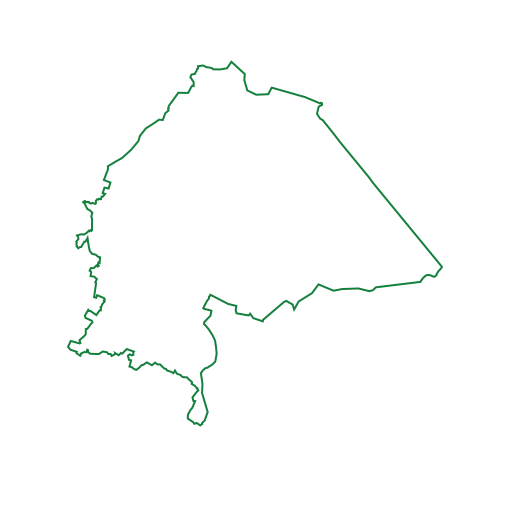 Ar-Raqqa, Ar Raqqah, Syria (Natural Earth projection), rotated 287°
{"feature_id": "27442178B57458390277946", "entity_name": "Ar-Raqqa", "entity_type": "district", "adm_level": 2, "iso_a3": "SYR", "parent_name": "Syria", "parent_adm1": "Ar Raqqah", "projection": "natural_earth1", "projection_center": [39.122, 35.826], "detail": "fine", "context": "isolated", "style": "outline", "palette": "green", "viewbox_px": 512, "rotation_deg": 287, "n_neighbors": 0, "source": "geoboundaries", "source_scale": "gbopen_adm2", "svg_char_len": 5021}
<svg xmlns="http://www.w3.org/2000/svg" viewBox="0 0 512 512"><g transform="rotate(287 256 256)"><path d="M114.0,125.9L116.3,134.4L119.9,137.4L120.2,140.5L120.4,141.6L119.1,143.4L119.8,145.6L118.2,147.2L121.3,150.3L121.9,149.8L121.0,153.7L123.8,155.2L123.5,156.6L129.2,159.6L128.9,167.2L127.7,166.9L125.6,167.6L124.7,166.4L125.0,163.9L123.1,162.7L119.6,164.9L119.7,167.1L113.3,167.3L113.3,170.3L112.6,171.2L112.0,174.7L114.3,176.5L118.4,178.7L118.7,179.8L122.4,182.7L121.1,188.4L124.5,190.7L123.5,193.5L124.3,195.9L121.6,201.1L121.7,202.9L120.5,204.5L120.5,208.1L119.8,211.3L122.8,212.0L120.3,214.8L120.1,218.8L119.2,220.1L118.8,221.7L119.8,225.5L118.8,227.0L116.6,231.8L114.9,231.9L114.0,235.6L112.7,237.3L112.4,238.8L111.6,238.8L110.6,240.1L108.9,239.1L102.2,236.6L99.0,238.6L99.4,240.2L92.3,239.5L89.4,238.3L84.1,237.3L80.6,238.3L78.8,244.3L77.5,246.2L79.0,248.1L77.7,252.2L79.6,253.6L80.5,253.3L83.7,255.0L92.7,255.4L100.8,250.0L109.3,244.4L117.8,242.3L127.8,237.6L130.6,238.4L133.9,240.3L135.1,242.4L136.6,243.4L139.1,245.8L143.1,247.9L150.9,247.0L156.8,244.6L163.1,241.6L167.5,237.6L171.8,232.6L174.9,227.9L175.7,226.2L177.7,225.9L181.5,227.8L185.4,229.9L190.5,229.4L190.7,227.6L190.2,221.8L190.7,220.8L198.5,222.2L201.8,223.5L203.3,222.9L204.6,223.7L205.6,223.7L202.0,243.4L202.5,251.8L198.4,252.4L195.5,254.1L197.0,266.3L199.1,267.2L195.8,271.6L195.5,281.6L197.0,281.4L219.9,296.0L221.9,298.0L220.3,305.2L216.0,308.1L225.0,310.1L236.8,320.4L247.1,324.1L245.5,340.3L249.6,348.1L254.9,363.4L255.5,374.7L257.5,377.8L261.1,379.8L279.3,420.8L279.5,420.9L279.7,421.0L279.8,421.0L280.1,421.0L280.3,421.1L280.7,421.1L280.8,421.2L281.0,421.2L281.2,421.3L281.3,421.3L281.7,421.4L281.8,421.5L282.0,421.6L282.4,421.7L282.5,421.7L282.6,421.8L282.9,421.9L283.2,422.0L283.3,422.1L283.6,422.2L284.0,422.4L284.3,422.5L284.8,422.8L285.1,423.0L285.4,423.1L285.6,423.3L285.8,423.4L285.9,423.5L286.3,423.7L286.7,423.9L287.0,424.2L287.2,424.3L287.3,424.5L287.5,424.8L287.6,425.0L287.8,425.4L287.9,425.5L288.0,425.7L288.0,425.8L288.1,426.0L288.2,426.3L288.2,426.5L288.3,426.6L288.3,426.8L288.4,427.1L288.4,427.4L288.4,427.5L288.5,427.6L288.5,427.9L288.5,428.0L288.5,428.3L288.5,428.6L288.5,428.8L288.5,429.0L288.5,429.3L288.5,429.5L288.4,429.9L288.4,430.0L288.3,430.4L288.3,430.5L288.2,430.7L288.2,430.8L288.2,431.0L288.2,431.3L288.2,431.5L288.2,431.8L288.2,432.0L288.3,432.0L288.3,432.3L288.4,432.6L288.5,432.7L288.6,432.8L288.7,433.0L288.8,433.1L289.0,433.3L289.2,433.5L289.3,433.6L289.5,433.7L289.6,433.8L289.8,433.9L290.0,434.0L290.3,434.1L290.5,434.1L290.9,434.1L291.2,434.1L291.3,434.1L291.5,434.2L292.0,434.2L292.4,434.3L292.7,434.3L292.9,434.4L293.2,434.4L293.5,434.5L293.9,434.6L294.2,434.7L294.3,434.7L294.6,434.8L294.8,434.9L298.4,436.7L300.0,437.0L306.2,427.7L360.4,346.1L364.1,341.3L389.6,302.9L394.4,296.2L398.5,290.3L400.5,287.4L404.2,281.9L405.4,280.3L406.1,277.2L408.4,274.4L410.0,272.7L417.2,272.3L419.9,275.0L421.4,274.4L421.4,273.0L420.7,272.4L422.3,256.1L421.6,221.8L414.3,220.4L410.3,209.1L411.8,199.3L420.8,193.4L426.7,192.1L434.5,175.7L427.1,173.4L423.9,167.1L422.0,160.5L422.9,158.7L422.1,153.2L422.7,149.6L420.5,145.0L418.6,145.8L417.5,145.0L415.3,145.0L414.0,144.5L412.2,144.3L410.7,141.3L407.8,141.0L404.0,145.6L400.3,146.7L400.2,145.3L398.6,144.7L392.1,143.4L389.4,134.0L374.2,128.8L372.7,128.7L371.6,129.4L371.0,128.9L369.4,129.8L366.1,127.5L358.8,127.1L358.0,123.4L351.6,118.3L345.9,113.4L337.0,109.9L331.4,109.9L323.4,106.5L320.5,105.2L314.3,101.5L310.5,99.2L305.7,94.6L298.5,88.1L295.6,89.1L284.2,88.3L283.7,95.3L277.5,95.3L277.1,91.1L271.3,91.0L271.3,93.5L268.2,92.3L267.6,91.0L265.0,91.1L264.7,88.9L263.9,88.7L263.7,87.4L261.7,86.7L260.0,87.5L258.9,87.1L258.9,84.0L257.9,82.9L258.1,81.0L258.7,80.7L258.5,79.2L258.2,79.0L258.3,78.2L257.8,77.8L257.8,76.9L258.5,76.4L258.0,75.6L256.9,75.0L256.3,76.5L251.6,81.0L251.2,83.5L249.6,86.8L245.4,87.0L243.6,88.4L232.7,91.6L232.0,91.4L232.5,90.5L231.0,89.5L231.4,88.8L228.7,87.4L226.2,85.2L225.7,82.6L223.3,78.8L222.0,80.4L220.3,81.2L217.1,79.9L216.2,80.7L214.6,80.8L213.3,81.9L212.9,81.7L211.4,83.7L213.0,85.0L213.5,86.2L219.5,87.6L219.9,88.8L224.0,89.6L219.7,91.6L216.3,93.3L212.3,95.5L210.2,98.5L210.3,101.0L210.4,102.4L209.0,105.4L209.2,107.2L203.6,108.5L203.8,107.2L202.6,107.2L201.9,107.1L200.6,108.5L199.6,107.7L200.2,106.2L197.0,104.3L196.1,101.6L193.3,101.2L192.6,103.1L188.4,103.7L188.9,107.3L187.4,110.6L183.9,110.0L183.3,111.0L169.3,113.2L169.3,115.4L172.1,115.5L171.3,123.0L170.5,124.0L168.8,123.5L168.4,124.5L164.7,123.0L162.0,122.9L161.6,122.4L161.1,123.0L158.6,123.5L158.3,122.3L152.8,120.6L155.0,113.8L154.6,112.2L155.4,111.3L148.9,109.8L146.9,111.2L146.1,117.8L144.7,119.0L142.8,118.0L141.3,117.5L136.9,115.9L136.4,114.6L134.2,115.2L131.9,116.0L130.2,115.7L123.9,111.8L121.3,113.5L120.8,112.8L120.6,103.7L114.2,102.8L112.1,106.0L112.0,112.6L110.7,112.6L109.2,117.1L109.9,117.3L111.4,117.1L112.0,117.6L113.4,119.3L114.1,120.1L114.4,122.1L117.0,122.0L117.0,122.7L115.4,123.2L114.0,125.9Z" fill="none" stroke="#15803d" stroke-width="2"/></g></svg>